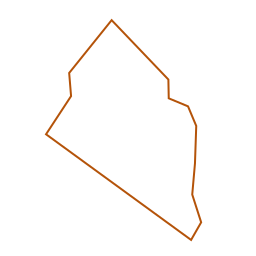 Saint John Capesterre, Albers equal-area conic projection, rotated 185°
{"feature_id": "KNA-5104", "entity_name": "Saint John Capesterre", "entity_type": "Parish", "adm_level": 1, "iso_a3": "KNA", "parent_name": "Saint Kitts and Nevis", "parent_adm1": "", "projection": "albers", "projection_center": [-62.805, 17.383], "detail": "fine", "context": "isolated", "style": "outline", "palette": "amber", "viewbox_px": 256, "rotation_deg": 185, "n_neighbors": 0, "source": "natural_earth", "source_scale": "10m", "svg_char_len": 308}
<svg xmlns="http://www.w3.org/2000/svg" viewBox="0 0 256 256"><g transform="rotate(185 128 128)"><path d="M46.9,40.4L55.4,22.0L209.1,114.6L187.5,154.8L191.4,177.7L153.7,234.0L92.0,179.8L90.0,161.1L70.1,154.8L60.2,136.0L58.2,98.5L58.2,67.3L46.9,40.4Z" fill="none" stroke="#b45309" stroke-width="2"/></g></svg>